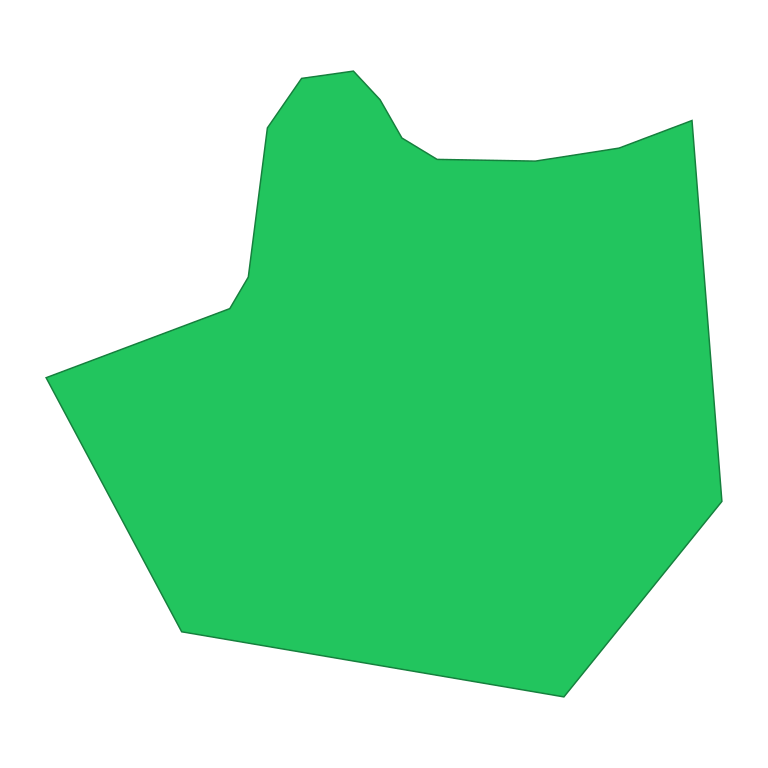 an SVG outline of Limerick
{"feature_id": "IRL-5570", "entity_name": "Limerick", "entity_type": "City", "adm_level": 1, "iso_a3": "IRL", "parent_name": "Ireland", "parent_adm1": "", "projection": "albers", "projection_center": [-8.613, 52.652], "detail": "fine", "context": "isolated", "style": "filled", "palette": "green", "viewbox_px": 768, "rotation_deg": 0, "n_neighbors": 0, "source": "natural_earth", "source_scale": "10m", "svg_char_len": 319}
<svg xmlns="http://www.w3.org/2000/svg" viewBox="0 0 768 768"><path d="M353.4,71.1L380.1,99.8L401.9,138.0L437.1,159.4L535.4,161.1L619.0,148.1L692.0,120.5L721.9,501.4L563.9,696.9L181.7,631.8L46.1,377.7L229.8,308.6L248.3,277.1L267.4,127.9L301.6,78.4L353.4,71.1Z" fill="#22c55e" stroke="#15803d" stroke-width="1.5"/></svg>